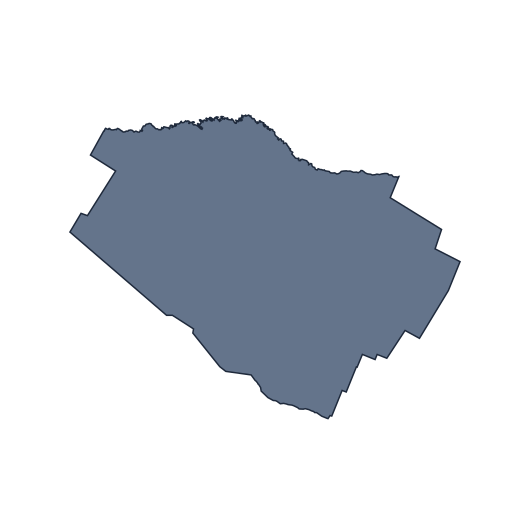 Pelegrini, Santiago del Estero, Argentina (Natural Earth projection), rotated 292°
{"feature_id": "61730980B89830542201766", "entity_name": "Pelegrini", "entity_type": "district", "adm_level": 2, "iso_a3": "ARG", "parent_name": "Argentina", "parent_adm1": "Santiago del Estero", "projection": "natural_earth1", "projection_center": [-63.861, -26.197], "detail": "fine", "context": "isolated", "style": "filled", "palette": "slate", "viewbox_px": 512, "rotation_deg": 292, "n_neighbors": 0, "source": "geoboundaries", "source_scale": "gbopen_adm2", "svg_char_len": 6122}
<svg xmlns="http://www.w3.org/2000/svg" viewBox="0 0 512 512"><g transform="rotate(292 256 256)"><path d="M362.4,262.2L362.5,261.6L362.3,261.4L361.0,261.4L360.6,260.3L361.2,260.1L361.1,259.3L362.2,259.0L363.2,259.2L362.3,258.6L361.9,257.8L361.5,256.1L362.0,254.9L362.3,254.6L364.0,251.0L365.9,251.2L366.6,248.2L367.3,247.7L368.1,247.9L368.3,247.6L367.9,247.0L368.2,246.5L369.2,245.7L369.4,244.9L370.3,243.8L370.6,243.1L371.7,242.1L371.8,241.1L370.7,239.4L372.7,238.5L372.7,237.9L372.3,236.8L372.4,236.5L373.7,235.6L373.8,235.0L373.7,234.4L372.0,233.6L372.1,233.3L372.6,232.9L372.7,232.2L373.8,232.5L374.9,228.9L376.2,227.5L377.4,227.2L377.9,226.7L378.4,224.8L379.4,224.1L379.4,223.5L378.7,222.3L377.8,222.0L377.7,221.6L378.1,221.4L379.2,221.7L379.2,221.4L378.6,220.1L378.3,220.4L378.1,219.2L378.4,218.6L378.8,218.4L379.5,218.4L379.6,219.3L380.0,219.3L380.4,218.6L380.1,216.9L381.2,215.3L381.2,214.8L380.3,215.0L380.1,215.4L379.4,215.9L379.1,215.9L379.1,215.2L380.2,213.8L381.0,213.4L382.1,213.5L382.4,213.2L382.1,212.4L382.4,211.4L382.4,210.7L381.9,210.1L382.2,209.6L382.7,209.5L382.9,208.9L382.4,208.5L380.8,208.6L379.9,208.2L379.4,207.7L379.3,207.3L379.9,207.2L380.5,207.6L380.8,206.8L380.1,205.7L380.3,205.1L381.4,204.5L381.6,203.8L382.5,202.9L382.3,202.5L382.4,201.8L381.9,201.3L381.9,201.0L382.4,200.5L382.7,199.6L383.9,198.8L383.3,198.1L383.7,197.9L383.8,197.2L383.6,196.9L383.9,196.4L382.0,194.4L381.9,194.0L382.6,193.6L381.7,192.9L381.3,192.0L380.2,191.5L381.2,190.6L381.1,190.2L379.7,190.8L379.5,191.9L379.2,192.0L378.7,191.2L379.1,190.6L378.9,190.4L377.9,190.7L377.3,190.5L376.7,190.6L376.7,191.2L377.1,192.0L376.9,192.3L376.1,192.0L375.4,190.5L376.7,189.6L377.3,189.8L377.6,189.4L377.4,188.9L376.9,189.1L376.4,188.8L375.5,189.4L374.0,189.3L373.9,189.0L374.5,188.5L374.3,186.5L373.7,186.7L373.7,187.3L373.2,187.9L372.2,187.8L371.9,187.3L371.5,187.7L371.4,187.5L371.4,186.7L372.3,185.2L373.3,184.4L373.2,183.9L374.1,182.3L373.9,182.1L373.2,182.6L372.9,182.1L372.2,179.4L372.2,178.0L373.1,178.3L373.4,177.9L372.2,176.1L372.4,175.4L372.0,175.1L371.4,175.5L371.1,175.4L371.3,174.9L370.5,173.8L370.6,173.5L371.7,173.4L371.9,172.7L372.8,173.1L372.6,172.4L372.3,171.5L371.8,171.3L371.1,172.1L369.9,172.0L369.5,171.7L369.3,171.0L368.4,170.5L367.8,171.3L368.2,172.3L367.2,171.8L368.5,169.2L369.6,168.3L370.5,168.9L370.4,167.7L370.2,167.2L369.7,167.4L369.6,167.9L369.1,167.9L368.7,167.5L368.7,167.2L369.3,166.9L369.2,166.4L368.7,166.1L367.8,165.8L366.4,166.2L367.4,162.3L367.3,161.6L367.0,161.2L366.4,161.3L366.4,161.8L367.0,162.6L366.6,162.7L365.8,162.0L365.4,163.4L365.2,164.0L365.5,164.3L366.0,164.3L366.1,164.7L365.3,165.0L364.8,164.7L364.5,163.9L364.6,163.3L365.1,162.1L365.0,161.5L365.5,160.6L365.5,160.1L364.9,159.6L365.2,158.3L364.8,158.1L363.2,160.0L362.8,159.8L362.5,158.2L362.9,157.6L362.6,157.0L361.6,156.5L360.2,156.6L360.4,156.0L361.4,155.0L361.2,154.1L361.5,153.5L361.4,153.0L360.9,152.7L360.2,153.4L359.8,154.5L358.6,155.3L357.8,154.7L357.1,154.8L356.8,155.1L356.2,154.6L356.6,154.0L357.1,152.5L356.8,152.3L356.0,153.0L355.6,153.1L355.2,153.3L355.0,154.0L355.0,154.5L355.3,154.7L354.9,155.5L355.2,156.9L354.8,156.9L354.8,156.6L354.3,156.6L354.6,158.0L354.5,158.5L353.2,158.4L353.2,157.1L354.5,153.8L354.9,151.7L354.8,149.9L354.2,149.5L354.3,148.6L355.0,147.7L355.1,147.3L355.6,147.2L356.6,148.7L357.1,148.2L356.9,147.3L355.7,146.3L355.6,145.6L355.3,145.2L355.3,144.4L354.5,144.9L353.8,144.4L353.8,144.0L355.5,143.8L355.8,143.5L355.8,142.4L355.5,141.8L354.7,141.5L355.0,140.2L352.7,139.0L351.9,137.5L352.2,136.9L352.8,136.4L352.5,136.0L351.1,136.0L350.5,135.3L349.6,135.1L348.8,133.1L347.9,132.6L347.9,131.9L348.2,131.5L348.0,131.2L346.7,131.8L346.7,132.3L347.3,133.1L347.0,133.3L345.9,132.4L346.0,132.1L346.4,131.9L346.4,131.4L345.0,131.1L343.8,130.2L344.0,129.8L345.3,130.1L345.7,129.1L345.4,128.1L344.6,128.0L344.3,127.6L342.1,128.3L341.4,128.0L342.2,126.5L341.8,125.9L341.4,122.6L341.1,122.0L339.8,122.2L339.2,121.8L339.2,121.4L339.7,121.0L339.7,120.5L338.4,120.6L338.0,120.9L337.3,120.5L337.2,119.4L336.7,119.0L336.6,118.4L337.0,117.1L336.5,115.9L336.5,115.1L337.7,112.7L337.5,112.2L338.2,111.4L338.3,110.3L339.3,109.1L338.9,107.2L338.3,106.8L337.0,104.8L335.0,104.3L334.3,102.9L330.9,102.5L330.3,102.9L330.1,103.6L329.7,103.8L328.9,103.5L329.2,102.1L329.1,101.6L328.3,101.9L327.1,101.4L326.7,100.1L326.8,98.1L326.5,97.5L325.2,96.5L326.1,94.4L325.9,92.6L324.7,90.7L324.1,90.7L323.8,90.4L323.4,89.9L323.2,88.8L322.3,88.4L321.3,86.7L321.3,85.3L321.9,84.6L321.7,83.4L322.3,82.3L322.5,80.0L322.2,79.6L320.8,79.2L320.8,78.4L319.3,76.2L318.8,74.7L318.8,73.2L319.4,72.8L319.4,72.3L319.1,71.8L318.1,71.6L317.9,70.3L318.1,68.8L317.0,68.4L315.1,68.5L314.8,68.0L287.6,64.7L282.2,94.0L230.3,84.6L230.0,77.8L208.5,74.5L167.5,195.3L169.7,200.7L165.0,225.4L160.9,226.3L139.8,263.9L137.7,271.2L143.9,296.0L140.3,301.8L139.9,303.2L138.8,305.1L138.1,305.7L138.0,306.4L135.8,309.5L132.7,311.4L129.2,320.1L128.5,326.1L129.2,328.3L129.1,329.9L128.1,333.9L129.7,336.8L130.2,339.7L130.2,341.3L131.2,345.1L131.3,347.1L131.0,351.6L130.5,352.7L130.4,353.5L131.7,357.2L132.9,358.9L133.4,362.8L133.2,365.5L133.4,367.7L132.8,369.1L133.5,370.8L132.1,377.0L132.1,382.5L132.2,383.7L135.8,384.4L136.0,386.2L163.6,386.2L163.7,390.6L190.8,390.6L190.8,391.4L204.6,391.5L204.6,405.2L210.1,405.2L210.2,415.6L242.8,422.1L240.9,438.4L296.0,447.3L327.2,447.3L329.7,419.4L350.1,418.1L360.3,358.6L383.2,358.7L382.8,358.1L381.8,357.9L381.9,356.2L381.2,354.9L381.0,353.3L382.0,351.5L380.9,348.7L381.7,347.4L381.3,345.8L380.6,344.2L379.1,341.7L377.8,340.1L377.2,337.4L375.9,335.8L374.7,333.5L374.8,331.8L373.9,328.5L374.0,326.1L374.6,324.4L375.0,322.6L374.6,321.3L373.2,321.0L371.5,319.5L371.5,317.9L370.1,315.0L370.1,311.7L369.0,309.2L368.8,307.9L367.5,305.2L366.4,303.4L364.2,302.5L363.1,301.4L362.3,300.2L362.6,297.9L361.6,295.9L361.0,293.8L361.8,292.3L360.9,288.2L361.4,287.0L360.7,286.1L360.7,284.5L360.2,282.9L360.2,280.9L358.6,280.5L358.6,278.6L360.1,277.2L359.9,275.6L360.6,274.1L362.3,273.1L362.3,272.2L360.3,270.6L362.3,269.7L362.4,268.6L363.3,267.4L363.0,262.7L362.4,262.2Z" fill="#64748b" stroke="#1e293b" stroke-width="1.5"/></g></svg>